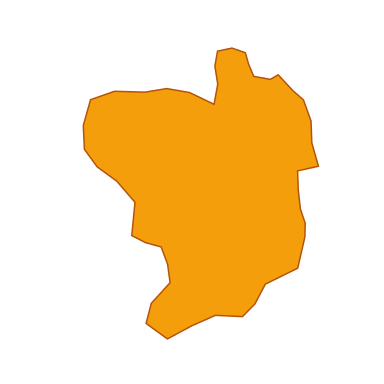 an SVG outline of Seoul, rotated 281°
{"feature_id": "KOR-2497", "entity_name": "Seoul", "entity_type": "Capital Metropolitan City", "adm_level": 1, "iso_a3": "KOR", "parent_name": "South Korea", "parent_adm1": "", "projection": "mercator", "projection_center": [127.023, 37.556], "detail": "fine", "context": "isolated", "style": "filled", "palette": "amber", "viewbox_px": 384, "rotation_deg": 281, "n_neighbors": 0, "source": "natural_earth", "source_scale": "10m", "svg_char_len": 697}
<svg xmlns="http://www.w3.org/2000/svg" viewBox="0 0 384 384"><g transform="rotate(281 192 192)"><path d="M236.6,72.6L263.3,74.8L276.1,96.8L281.0,126.6L288.7,147.5L289.2,170.4L282.3,196.9L302.7,196.7L320.1,190.4L335.2,190.2L340.9,203.8L338.9,217.8L328.6,223.0L317.3,230.5L317.5,247.4L323.5,254.2L310.8,271.6L303.7,283.8L284.4,295.3L263.2,300.2L241.4,311.2L232.9,291.6L214.3,295.9L195.9,301.7L182.9,309.1L169.3,311.4L137.4,310.3L115.6,281.6L94.1,275.1L79.3,265.3L75.4,238.5L60.7,217.4L43.1,195.9L54.2,172.0L75.0,173.3L98.8,187.8L116.5,181.8L132.2,172.2L133.4,156.1L137.7,141.2L171.0,138.0L188.2,116.2L198.6,94.1L213.4,78.2L236.6,72.6Z" fill="#f59e0b" stroke="#b45309" stroke-width="1.5"/></g></svg>